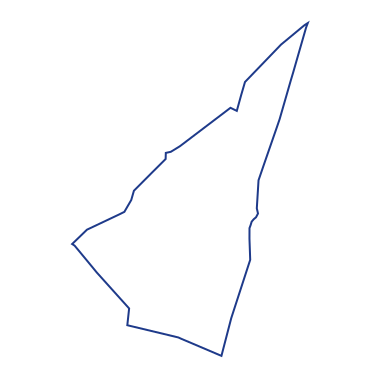 the district of Caldeirão Grande, Bahia, Brazil, rotated 268°
{"feature_id": "56859067B57700973719818", "entity_name": "Caldeirão Grande", "entity_type": "district", "adm_level": 2, "iso_a3": "BRA", "parent_name": "Brazil", "parent_adm1": "Bahia", "projection": "natural_earth1", "projection_center": [-40.178, -11.037], "detail": "fine", "context": "isolated", "style": "outline", "palette": "blue", "viewbox_px": 384, "rotation_deg": 268, "n_neighbors": 0, "source": "geoboundaries", "source_scale": "gbopen_adm2", "svg_char_len": 695}
<svg xmlns="http://www.w3.org/2000/svg" viewBox="0 0 384 384"><g transform="rotate(268 192 192)"><path d="M356.8,313.6L354.9,310.4L352.4,307.1L336.2,286.1L300.1,248.8L287.4,244.6L271.5,239.6L274.8,233.4L238.1,181.4L232.9,172.2L232.0,167.2L225.9,166.8L212.8,152.7L195.3,134.0L186.1,131.0L174.5,123.7L172.1,118.4L158.0,85.7L144.2,70.4L142.5,72.8L123.8,87.2L114.9,94.0L77.8,125.1L61.1,122.7L47.1,173.3L45.6,176.3L27.2,215.7L64.5,226.8L122.2,247.8L143.3,247.8L153.9,248.2L156.8,249.4L160.3,250.6L162.6,252.7L164.5,255.1L168.2,257.2L173.4,256.2L201.4,258.9L218.4,265.4L254.1,279.2L261.7,282.1L300.3,294.7L307.4,297.1L352.5,311.8L356.8,313.6Z" fill="none" stroke="#1e3a8a" stroke-width="2"/></g></svg>